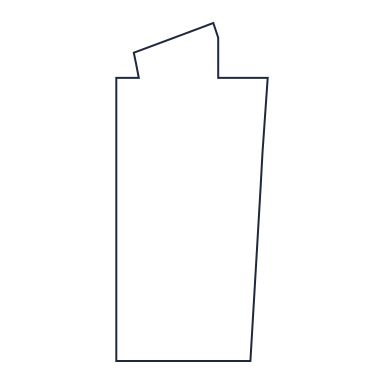 the district of Roxby Downs, South Australia, Australia
{"feature_id": "25037944B85106510810268", "entity_name": "Roxby Downs", "entity_type": "district", "adm_level": 2, "iso_a3": "AUS", "parent_name": "Australia", "parent_adm1": "South Australia", "projection": "natural_earth1", "projection_center": [136.886, -30.549], "detail": "fine", "context": "isolated", "style": "outline", "palette": "slate", "viewbox_px": 384, "rotation_deg": 0, "n_neighbors": 0, "source": "geoboundaries", "source_scale": "gbopen_adm2", "svg_char_len": 320}
<svg xmlns="http://www.w3.org/2000/svg" viewBox="0 0 384 384"><path d="M267.7,77.9L218.2,77.9L218.2,37.7L213.3,23.0L194.7,30.0L178.9,35.9L133.8,52.7L136.2,64.4L138.8,77.9L116.3,77.9L116.3,236.3L116.3,361.0L250.4,361.0L255.7,271.0L260.7,185.7L262.5,152.5L267.7,77.9Z" fill="none" stroke="#1e293b" stroke-width="2"/></svg>